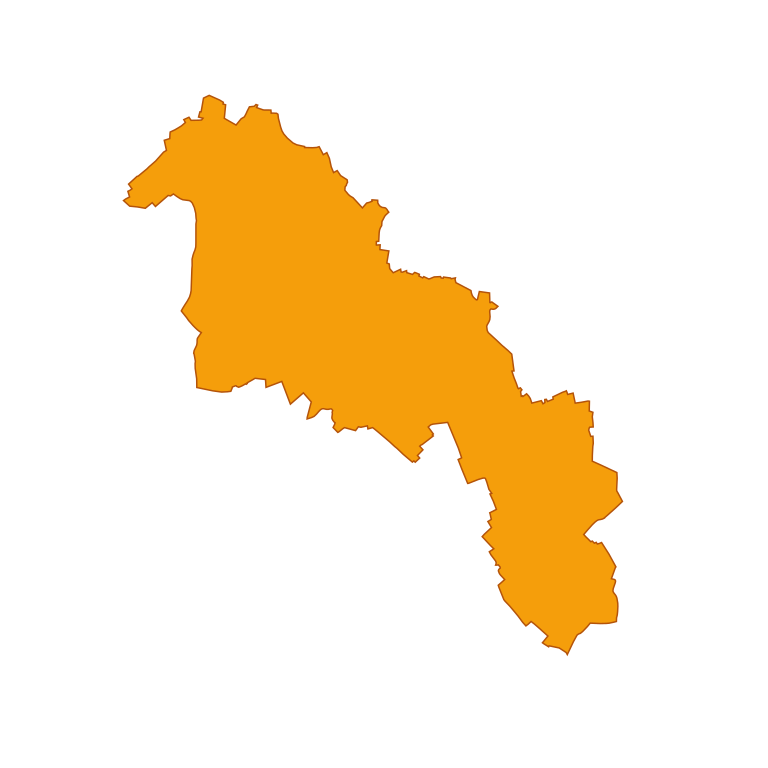 outline of Van Lam, Hưng Yên, Vietnam, rotated 47°
{"feature_id": "81297802B83094530275497", "entity_name": "Van Lam", "entity_type": "district", "adm_level": 2, "iso_a3": "VNM", "parent_name": "Vietnam", "parent_adm1": "Hưng Yên", "projection": "albers", "projection_center": [106.05, 20.973], "detail": "fine", "context": "isolated", "style": "filled", "palette": "amber", "viewbox_px": 768, "rotation_deg": 47, "n_neighbors": 0, "source": "geoboundaries", "source_scale": "gbopen_adm2", "svg_char_len": 6103}
<svg xmlns="http://www.w3.org/2000/svg" viewBox="0 0 768 768"><g transform="rotate(47 384 384)"><path d="M675.9,339.1L661.8,335.5L648.3,333.0L647.5,335.2L646.5,337.1L644.5,336.8L643.9,338.7L640.9,338.8L640.4,340.3L633.4,340.6L630.3,340.6L629.6,334.5L629.0,327.8L628.9,324.2L629.1,321.5L629.6,319.8L630.8,318.0L631.8,316.2L632.3,314.4L632.2,314.4L632.4,308.6L632.6,299.2L632.5,289.7L622.8,287.1L621.1,286.8L619.8,285.8L611.9,277.7L607.6,274.1L591.6,280.5L582.5,284.3L578.4,280.4L572.1,273.9L570.1,271.4L564.7,266.8L563.3,268.5L557.4,265.8L556.2,264.1L555.9,263.0L558.1,260.3L555.0,257.7L550.0,254.0L547.2,250.5L543.7,252.3L536.7,245.5L535.6,246.4L531.9,252.2L528.4,257.2L519.6,251.9L516.9,256.8L514.8,255.8L513.3,255.3L513.1,256.2L511.8,259.1L508.6,269.3L510.5,270.6L508.3,276.3L505.9,275.7L505.0,277.0L507.3,279.0L506.9,281.2L503.5,280.3L498.8,288.9L494.3,286.9L491.5,286.4L488.4,286.4L487.9,290.9L487.1,290.8L486.6,292.0L482.7,289.3L482.3,287.1L479.8,286.9L479.1,288.9L478.2,288.8L474.0,286.9L468.1,284.6L461.8,281.7L463.1,280.0L449.3,270.2L444.0,270.5L436.1,271.4L429.0,271.8L417.5,272.7L415.2,272.0L411.9,269.6L411.3,268.6L410.0,264.7L409.1,262.8L407.1,260.5L403.2,257.4L402.4,256.5L402.1,255.8L402.0,254.8L402.2,254.5L403.8,253.2L404.7,251.8L405.0,250.6L404.9,247.7L399.1,248.9L397.8,249.1L397.3,249.5L397.0,250.9L396.6,251.0L389.4,244.7L381.4,251.2L385.9,258.0L385.9,258.5L385.4,259.1L383.8,259.3L381.4,259.4L379.6,259.1L377.2,258.1L375.0,256.7L358.9,262.3L356.0,260.7L355.1,259.4L352.8,263.1L351.9,263.0L346.4,267.5L347.0,268.6L345.4,269.9L344.0,269.4L339.9,274.3L338.4,278.3L337.8,279.6L332.6,281.7L332.8,283.3L328.8,284.8L327.9,283.3L324.1,285.0L323.3,285.5L323.3,288.4L318.1,291.4L316.5,290.2L314.7,294.4L313.7,295.1L311.4,293.6L308.9,301.4L304.0,301.2L303.3,301.0L299.8,298.3L297.4,299.4L290.0,289.7L282.9,295.3L279.6,291.9L277.2,294.8L276.5,294.3L274.6,292.4L276.0,290.5L270.1,284.4L268.5,282.4L267.6,280.8L267.0,279.2L266.6,277.7L263.8,274.7L262.4,270.7L261.8,269.0L261.6,267.5L261.6,263.3L260.2,263.2L258.4,262.8L256.4,262.8L255.4,263.4L253.6,264.9L251.6,265.6L249.6,265.6L247.4,265.1L245.3,263.3L241.3,267.0L241.1,267.4L242.2,268.1L241.1,270.9L239.8,273.3L240.5,279.7L226.7,279.6L223.7,280.5L221.2,280.8L215.6,280.5L213.3,278.0L213.0,276.0L212.2,274.9L211.6,273.1L209.6,271.7L202.0,273.6L196.0,272.7L195.0,276.7L189.2,274.5L181.8,270.1L175.8,268.0L174.9,272.0L166.2,269.6L165.1,271.9L162.4,275.2L156.9,280.8L156.2,280.1L149.5,284.7L145.6,286.2L138.2,287.0L132.8,286.8L129.3,286.0L125.7,284.4L117.8,280.1L114.4,277.6L112.8,277.9L110.1,280.5L109.0,281.8L106.5,279.9L102.1,284.6L101.0,285.5L94.9,288.7L93.9,286.2L92.3,287.0L92.4,289.5L89.5,293.4L91.2,298.1L92.2,300.4L93.4,303.9L92.6,307.6L93.7,315.6L80.8,319.6L71.8,309.4L71.0,309.8L69.5,310.8L68.4,309.4L64.1,310.6L53.7,315.0L51.8,321.0L60.2,332.1L59.4,333.0L62.3,337.6L66.2,335.1L66.5,337.3L65.0,339.3L59.6,345.3L55.9,344.7L54.1,350.1L57.3,350.9L57.1,356.0L56.5,359.1L55.5,363.6L53.9,368.5L55.0,369.8L58.4,373.3L55.9,378.5L64.8,383.8L64.1,387.1L65.2,399.0L64.9,407.4L65.0,410.8L64.3,422.0L63.7,423.1L63.6,434.5L69.4,435.2L69.1,437.6L68.4,439.9L73.7,442.5L72.5,446.8L72.2,449.4L80.5,448.7L86.3,443.6L92.7,438.7L93.3,429.9L98.3,430.1L98.9,413.3L100.9,411.8L101.4,408.4L105.5,407.6L109.5,406.6L112.0,405.5L117.1,401.3L118.6,400.8L120.9,400.8L125.6,402.4L130.8,405.3L134.5,408.3L136.6,409.7L138.7,412.4L152.7,425.5L155.4,428.2L157.1,430.9L158.3,433.5L159.5,435.7L161.8,439.2L166.6,443.6L168.6,445.8L184.1,461.3L186.1,464.0L187.8,467.0L189.2,471.2L190.2,475.3L191.4,479.7L192.3,482.4L194.2,482.6L200.9,483.1L204.3,483.6L211.0,483.8L214.4,483.7L217.2,483.5L219.7,483.1L221.8,482.5L223.0,487.9L223.4,489.4L224.4,490.7L226.0,492.2L227.2,493.6L228.0,494.8L230.1,500.1L231.7,502.2L232.8,502.6L238.4,506.2L239.1,506.8L240.2,508.2L243.8,511.4L252.5,517.5L258.9,523.3L272.2,513.9L278.0,509.2L279.2,508.2L282.9,503.8L284.9,501.0L283.5,498.0L282.8,497.0L284.0,493.8L284.4,493.4L285.2,493.4L287.2,492.5L287.7,491.5L288.6,488.9L289.5,485.1L290.2,485.0L290.4,483.6L289.8,483.3L291.2,477.6L291.9,474.4L299.9,467.6L306.0,472.6L312.4,457.0L334.9,466.2L335.5,449.0L347.5,449.4L356.0,462.9L357.1,464.1L359.1,459.9L360.0,457.2L360.0,454.0L359.6,450.4L359.5,448.0L359.7,446.9L360.1,445.9L360.9,445.0L363.1,443.5L364.4,442.2L366.0,439.7L366.6,439.4L368.1,439.5L368.5,439.7L368.9,440.6L369.5,441.4L370.5,442.0L372.8,444.8L373.8,445.6L375.7,446.2L377.0,446.3L378.0,446.4L379.0,446.2L380.0,448.0L381.1,450.9L387.9,450.8L388.2,449.7L388.6,444.6L389.0,442.6L398.7,436.6L397.8,431.9L399.9,430.4L403.3,424.7L405.9,426.4L408.1,422.1L410.2,421.7L414.7,421.1L430.1,419.3L437.1,418.8L439.8,418.4L448.5,417.9L460.5,416.5L460.6,414.6L462.5,414.5L462.5,408.4L459.1,408.3L458.7,400.4L453.8,400.3L453.9,398.3L454.3,397.4L455.6,383.4L454.2,383.4L454.2,382.0L445.6,381.0L445.7,377.8L446.7,375.6L455.5,363.6L481.5,373.3L489.7,377.0L490.9,377.6L490.8,378.3L489.8,381.3L499.0,385.0L513.8,390.6L514.3,389.9L518.0,380.5L518.9,378.6L520.2,376.0L521.2,374.7L522.0,374.3L522.9,374.5L526.0,375.8L532.6,379.1L537.5,379.8L536.7,381.5L544.1,383.9L552.4,387.3L550.3,394.5L551.4,395.0L555.2,397.3L556.1,397.7L556.1,398.6L555.4,401.8L562.3,403.3L562.3,413.0L562.6,416.3L574.9,416.3L579.4,416.1L578.5,421.4L582.0,422.3L589.6,423.1L591.0,423.7L591.9,424.6L592.6,425.9L593.5,424.9L594.3,423.7L597.0,423.9L597.9,424.5L597.9,426.4L598.3,427.4L598.9,427.9L601.4,428.9L603.3,429.1L609.3,429.1L609.3,431.5L609.1,437.7L611.0,438.6L623.4,443.4L625.4,443.6L632.1,443.5L638.1,443.8L645.1,444.2L652.9,445.1L657.7,445.2L658.0,442.4L658.0,438.4L662.1,437.7L666.8,437.2L680.1,436.0L681.3,444.6L683.3,444.2L688.5,442.8L688.1,441.8L696.5,435.9L704.6,433.9L706.9,434.5L701.6,421.1L699.3,414.1L699.5,412.2L700.3,410.4L700.5,407.5L700.1,400.7L699.5,396.3L706.7,389.2L710.8,384.6L712.5,382.4L714.9,378.4L716.2,376.0L713.5,373.3L713.1,372.6L711.9,370.8L709.8,368.4L706.2,364.7L703.7,362.5L699.6,359.8L698.1,359.1L696.7,358.7L693.5,358.4L691.9,358.0L691.1,357.3L690.0,355.9L687.0,350.3L686.1,349.1L685.2,348.6L684.1,348.8L681.5,350.5L675.8,339.5L675.9,339.1Z" fill="#f59e0b" stroke="#b45309" stroke-width="1.5"/></g></svg>